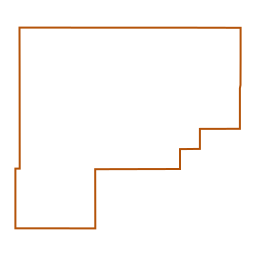 Guadalupe, New Mexico, United States of America (Mercator projection)
{"feature_id": "52423323B63657680318402", "entity_name": "Guadalupe", "entity_type": "district", "adm_level": 2, "iso_a3": "USA", "parent_name": "United States of America", "parent_adm1": "New Mexico", "projection": "mercator", "projection_center": [-104.647, 34.782], "detail": "fine", "context": "isolated", "style": "outline", "palette": "amber", "viewbox_px": 256, "rotation_deg": 0, "n_neighbors": 0, "source": "geoboundaries", "source_scale": "gbopen_adm2", "svg_char_len": 370}
<svg xmlns="http://www.w3.org/2000/svg" viewBox="0 0 256 256"><path d="M239.9,128.8L239.9,88.3L240.5,85.0L240.6,58.5L240.6,44.9L240.6,27.8L197.0,27.7L95.4,27.7L59.1,27.6L42.6,27.6L19.5,27.6L19.6,68.1L19.7,168.6L15.4,168.6L15.4,228.3L95.3,228.4L95.2,169.2L180.0,169.0L180.0,149.1L199.9,148.9L199.9,128.9L239.9,128.8Z" fill="none" stroke="#b45309" stroke-width="2"/></svg>